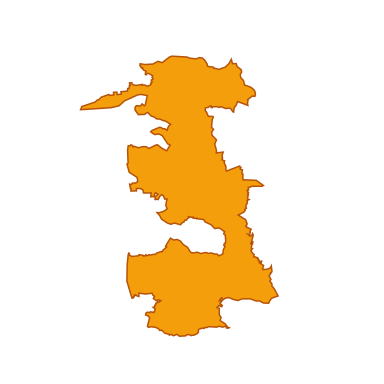 outline of Lafragua, Puebla, Mexico, rotated 333°
{"feature_id": "50627088B76215411073468", "entity_name": "Lafragua", "entity_type": "district", "adm_level": 2, "iso_a3": "MEX", "parent_name": "Mexico", "parent_adm1": "Puebla", "projection": "robinson", "projection_center": [-97.292, 19.284], "detail": "fine", "context": "isolated", "style": "filled", "palette": "amber", "viewbox_px": 384, "rotation_deg": 333, "n_neighbors": 0, "source": "geoboundaries", "source_scale": "gbopen_adm2", "svg_char_len": 6060}
<svg xmlns="http://www.w3.org/2000/svg" viewBox="0 0 384 384"><g transform="rotate(333 192 192)"><path d="M281.1,140.2L281.5,138.5L283.5,135.8L283.4,135.0L289.3,133.9L291.5,135.3L292.8,133.9L293.7,131.1L293.6,129.2L292.1,125.5L287.4,120.5L288.5,115.9L287.4,112.6L287.7,110.8L288.5,109.0L290.5,107.9L291.4,105.6L289.2,100.7L289.6,97.6L286.3,96.0L287.3,91.6L282.9,94.5L278.4,95.8L271.4,94.9L269.4,92.8L267.6,91.8L267.9,90.9L267.1,90.0L263.0,87.2L263.6,84.5L263.1,80.0L262.0,77.3L259.6,75.6L256.1,75.3L250.5,71.5L248.9,69.5L235.7,61.8L233.1,61.5L224.2,63.2L220.9,60.1L215.4,60.3L208.0,57.1L204.0,54.2L203.0,55.7L203.3,56.4L202.5,56.5L203.4,56.7L203.2,58.2L204.3,58.5L204.3,60.0L203.9,59.8L204.5,61.9L205.9,63.4L203.8,65.7L204.2,66.8L206.2,66.1L207.3,66.8L209.7,70.6L208.3,71.9L209.0,73.0L208.1,73.9L206.5,73.8L206.2,76.0L205.5,75.7L204.3,76.9L204.4,77.6L202.3,77.7L200.5,77.6L198.3,75.1L196.1,74.2L196.5,73.6L190.3,71.5L187.6,69.1L188.0,67.2L185.8,66.4L185.2,69.1L184.6,68.7L183.0,71.0L181.7,70.6L180.4,72.8L174.2,70.4L173.4,72.7L169.6,71.3L170.4,68.9L167.3,67.5L166.4,70.0L162.4,68.5L162.3,67.4L154.2,66.3L150.8,67.5L149.6,67.0L146.6,67.9L132.7,65.8L130.1,68.1L158.1,80.1L166.2,82.1L173.2,80.2L187.6,80.8L191.0,82.0L195.9,85.8L189.9,93.2L188.7,93.5L187.5,90.8L185.1,92.0L181.6,89.8L179.7,90.7L178.5,93.1L179.3,98.7L185.1,101.4L187.1,100.8L188.8,101.2L190.0,105.5L192.9,108.8L193.6,110.8L196.4,112.4L199.4,116.0L200.1,116.0L203.7,122.0L200.9,122.7L197.8,125.7L196.5,123.3L194.5,122.2L193.9,120.7L192.5,119.6L184.3,119.0L182.5,119.6L184.7,123.8L188.8,125.3L191.1,128.2L192.2,138.1L193.8,140.2L188.1,143.8L184.9,139.1L182.7,134.3L181.5,133.8L173.2,133.6L171.9,130.9L168.9,129.3L164.3,128.2L161.1,124.9L159.9,125.2L160.0,123.5L159.0,122.2L157.7,122.7L156.1,121.9L153.6,125.5L148.2,137.2L146.7,137.6L145.0,146.0L149.7,154.0L148.5,157.9L146.0,158.5L142.8,156.9L141.5,157.9L140.0,156.7L138.7,161.0L139.3,161.3L138.0,163.4L143.0,165.8L144.1,163.6L147.8,165.7L149.2,168.0L148.3,170.8L155.2,174.4L153.0,177.5L156.1,178.9L157.1,177.4L159.2,176.0L160.7,178.6L157.1,179.4L155.7,181.8L156.0,182.1L156.4,181.7L158.3,183.4L161.4,181.2L163.8,180.6L164.8,182.2L164.5,186.0L166.5,186.8L162.6,192.0L162.2,195.7L158.4,196.4L153.5,195.6L151.5,194.5L152.5,198.4L152.5,202.3L155.8,208.2L158.4,211.1L162.6,211.9L166.7,215.9L170.2,214.8L171.1,215.1L173.1,213.8L174.3,214.6L176.2,213.5L177.9,213.5L177.8,212.5L181.2,215.0L182.3,214.6L180.9,215.1L181.2,216.0L183.7,217.2L183.8,217.9L184.9,217.9L185.0,218.6L189.8,221.7L190.1,224.6L194.2,229.9L195.7,235.0L198.7,235.8L200.3,236.9L203.0,242.2L201.2,243.7L202.1,245.4L199.8,250.9L198.3,253.0L197.5,252.5L196.1,254.0L196.8,255.4L193.7,257.7L191.3,261.2L186.8,261.0L186.3,258.8L184.1,257.6L181.6,255.1L178.9,254.2L177.0,252.2L171.9,250.8L168.9,247.7L166.6,247.4L164.0,245.9L163.3,244.3L162.9,239.3L160.3,234.7L159.5,230.6L157.2,227.5L153.9,226.5L151.8,223.3L143.8,228.3L144.5,229.5L139.6,230.7L138.2,231.7L137.7,231.1L133.2,230.4L130.8,230.9L129.3,230.0L126.5,229.4L125.1,228.3L123.9,228.7L122.4,227.1L122.1,227.8L119.8,227.1L120.1,226.6L116.4,223.8L116.1,224.4L114.7,224.3L109.1,222.1L107.4,219.4L108.3,218.3L108.0,217.7L106.8,218.7L101.2,227.4L93.5,241.9L90.3,259.3L91.7,259.7L92.3,258.7L93.0,259.0L93.8,257.6L95.0,258.1L94.8,258.5L97.2,261.0L98.8,258.0L104.4,261.9L110.4,264.0L110.3,266.0L111.2,267.9L109.2,269.4L111.0,272.9L113.2,272.8L115.0,274.7L112.5,275.1L112.0,274.2L109.8,275.1L109.3,274.7L108.1,276.1L107.5,276.0L106.7,277.4L105.0,277.0L106.1,279.6L103.6,282.1L102.8,281.2L101.9,281.3L100.9,279.9L99.1,280.1L97.8,278.8L96.1,278.9L94.8,280.5L96.4,282.2L97.2,284.8L91.3,291.4L91.8,292.9L94.2,293.4L97.7,295.7L99.9,298.3L100.5,300.9L102.2,301.2L103.9,305.8L106.9,308.2L106.8,309.2L108.7,309.4L110.3,311.7L114.1,312.0L115.2,314.7L121.0,317.3L122.8,316.9L125.3,318.2L125.7,319.4L129.6,320.6L132.7,320.5L134.3,319.6L134.7,318.3L135.9,317.4L139.6,318.0L140.8,319.1L142.1,318.6L143.8,319.6L145.6,319.5L152.8,323.7L155.2,323.9L157.9,326.3L161.2,326.9L161.0,328.9L162.6,329.8L163.5,329.8L162.3,328.4L161.8,324.7L158.7,319.4L161.0,316.8L160.5,314.0L163.5,308.0L161.7,306.3L164.2,305.3L166.4,307.7L167.5,306.9L166.7,304.7L166.2,305.0L166.5,303.9L169.7,302.4L166.9,301.3L169.6,299.8L170.6,299.9L170.1,301.3L170.9,302.1L173.9,301.7L177.2,303.0L179.8,306.3L183.6,309.5L188.2,310.0L195.4,313.6L199.8,318.4L202.5,319.5L205.3,323.4L209.8,325.9L212.4,323.9L215.0,322.8L221.5,323.7L221.4,316.1L220.6,312.0L221.6,309.7L220.8,306.7L222.7,305.7L222.5,301.8L224.5,300.9L225.1,299.7L225.9,300.0L227.2,299.1L229.1,293.9L227.5,295.1L224.5,295.1L220.1,293.4L219.9,292.7L222.4,290.0L220.8,287.1L223.2,284.8L220.3,286.3L219.8,285.4L221.0,284.2L220.0,282.7L220.8,282.3L220.6,280.4L220.1,280.5L219.3,278.9L217.6,277.7L219.0,275.8L218.1,274.1L217.9,271.1L219.9,270.0L219.0,269.7L221.3,266.1L221.0,264.3L222.1,263.9L221.7,265.5L222.2,265.9L223.7,263.9L222.9,262.7L226.9,258.4L227.1,256.6L225.9,257.4L226.2,257.9L223.6,257.6L222.6,255.1L224.0,256.2L225.6,254.5L225.5,253.8L227.8,252.0L224.5,247.9L225.2,247.0L224.7,246.6L226.7,245.5L227.2,241.0L222.7,233.5L228.9,233.5L231.1,232.5L231.0,232.0L230.5,232.3L232.5,230.6L233.0,231.1L233.6,228.8L236.4,226.9L237.2,224.7L239.4,224.6L238.5,223.6L238.9,222.1L239.6,221.9L240.4,219.8L241.0,220.1L241.6,217.7L242.0,217.9L241.8,216.1L242.3,215.3L243.3,215.9L244.3,213.4L246.0,214.1L247.3,213.8L257.1,218.7L258.6,218.6L254.6,210.8L242.9,204.2L245.4,199.3L244.9,199.1L245.2,197.6L247.0,195.1L245.4,193.7L245.5,193.0L246.7,192.4L246.1,191.6L246.3,190.5L232.2,189.0L232.5,187.0L233.8,184.7L233.9,180.5L235.2,179.1L233.3,176.9L234.7,175.6L234.7,174.5L235.8,172.7L237.9,170.6L231.4,168.2L232.6,166.4L234.0,159.6L237.5,156.7L235.6,150.6L236.7,147.6L239.6,146.0L238.8,143.1L242.9,136.7L244.9,135.0L245.0,134.2L240.9,132.0L241.2,127.3L240.7,125.5L242.1,123.2L244.9,124.0L247.0,123.4L248.1,124.0L247.4,125.4L248.4,126.0L248.9,125.4L253.1,127.3L254.2,128.8L256.7,129.3L260.0,133.0L263.4,134.2L264.3,135.4L264.9,139.2L265.4,139.7L267.6,136.3L270.9,134.6L273.7,132.1L281.1,140.2Z" fill="#f59e0b" stroke="#b45309" stroke-width="1.5"/></g></svg>